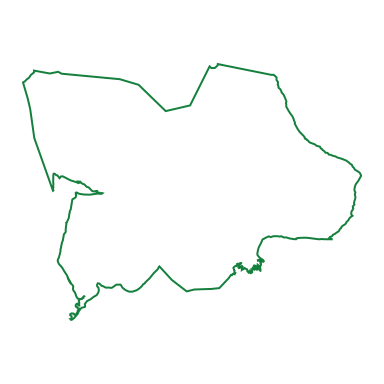 Do'rgon, Hovd, Mongolia (orthographic projection)
{"feature_id": "93677404B47825752069275", "entity_name": "Do'rgon", "entity_type": "district", "adm_level": 2, "iso_a3": "MNG", "parent_name": "Mongolia", "parent_adm1": "Hovd", "projection": "orthographic", "projection_center": [92.87, 48.326], "detail": "fine", "context": "isolated", "style": "outline", "palette": "green", "viewbox_px": 384, "rotation_deg": 0, "n_neighbors": 0, "source": "geoboundaries", "source_scale": "gbopen_adm2", "svg_char_len": 5899}
<svg xmlns="http://www.w3.org/2000/svg" viewBox="0 0 384 384"><path d="M70.5,319.2L71.1,319.9L72.1,319.6L74.2,318.0L77.6,313.9L78.7,311.5L80.4,308.9L81.9,307.7L84.7,307.0L85.0,306.6L85.1,305.5L84.8,304.1L87.0,301.1L91.0,299.0L93.4,297.0L96.7,295.1L98.2,292.7L98.8,290.9L98.6,288.2L98.2,287.4L97.2,286.4L97.1,285.6L97.2,284.4L97.8,283.3L99.3,283.5L101.5,285.7L103.3,286.3L105.6,287.6L109.5,287.6L110.9,287.9L112.2,287.6L116.3,284.7L120.3,284.6L121.0,285.1L121.8,286.7L122.9,288.1L125.6,290.1L128.9,291.6L132.4,291.7L136.7,290.2L139.4,288.4L142.2,285.8L142.8,284.6L144.9,283.2L145.3,282.4L149.4,278.5L153.8,273.1L157.7,269.3L158.9,266.9L159.4,266.4L171.9,280.0L186.7,291.4L194.3,289.5L211.9,288.9L219.3,288.1L228.4,278.5L231.1,274.8L231.9,275.2L233.0,273.8L233.8,273.6L233.8,274.0L234.5,274.2L234.6,273.2L235.1,273.3L235.3,272.8L234.4,272.4L234.5,270.7L234.1,270.4L234.0,269.3L233.5,268.5L233.4,268.0L233.7,267.3L235.7,265.8L236.7,266.0L237.1,265.3L237.1,264.0L237.8,263.7L238.4,264.1L239.3,263.9L239.9,263.2L240.9,263.0L241.2,263.1L241.2,263.4L240.5,263.9L238.7,264.4L238.7,265.0L239.4,265.2L239.6,265.6L238.4,267.3L238.9,268.1L239.5,268.0L239.6,267.6L239.3,267.4L239.4,267.1L241.0,267.4L241.3,266.5L241.9,266.0L242.6,266.6L242.3,267.9L242.9,268.7L242.1,268.8L241.8,269.1L241.8,269.9L242.5,269.3L243.0,269.4L243.7,268.5L244.5,268.0L245.1,268.7L245.7,268.6L246.4,269.2L247.0,269.3L247.5,270.4L247.4,271.3L247.9,271.8L248.3,271.3L248.6,271.4L248.4,272.2L248.7,272.7L249.8,272.2L250.0,271.3L250.3,271.7L250.0,272.7L250.8,273.2L251.7,272.7L252.2,272.2L252.2,271.6L251.6,270.7L251.4,269.5L252.0,269.7L252.3,269.0L252.5,269.6L252.8,269.6L253.4,268.1L254.2,268.7L254.6,269.6L254.9,269.4L254.8,268.6L254.0,267.8L254.2,266.9L253.8,266.1L254.2,265.5L254.7,265.9L255.3,265.8L255.7,266.6L255.7,267.0L255.1,267.4L255.2,267.8L255.7,267.9L256.8,269.7L257.3,269.6L257.1,268.7L258.0,268.7L258.0,268.4L257.2,268.0L257.2,267.2L256.6,267.0L256.5,266.5L256.7,266.3L257.1,266.7L257.4,266.3L257.6,264.7L258.1,265.1L258.4,266.8L258.9,267.3L259.1,268.5L260.0,270.5L260.4,270.7L260.5,269.7L260.1,267.5L260.3,266.5L259.9,265.7L260.5,265.5L261.0,264.9L260.9,263.8L260.4,263.2L260.6,262.2L261.5,262.2L261.7,261.8L260.7,261.3L259.9,261.4L258.9,260.3L258.0,260.7L257.8,260.2L258.2,259.9L258.9,259.8L260.5,260.5L262.3,260.7L263.5,261.6L263.8,261.2L263.1,260.1L259.9,257.9L257.6,255.3L257.3,253.8L257.9,250.4L258.7,247.5L261.2,242.7L262.5,239.5L267.4,236.9L268.9,236.4L270.8,237.1L273.6,236.2L277.7,236.2L279.7,236.6L281.2,236.2L283.9,237.5L286.2,237.4L289.4,238.4L294.3,239.2L296.2,239.2L296.4,239.0L295.8,238.8L295.9,238.7L297.7,238.0L304.1,237.7L307.3,237.8L319.1,239.3L322.2,239.0L323.4,239.2L331.7,239.3L331.7,239.0L331.2,238.9L329.1,238.9L328.8,238.5L330.0,237.0L331.9,236.3L333.0,234.8L335.4,233.6L336.2,232.8L338.1,231.7L339.3,230.5L339.7,229.2L341.0,228.2L341.2,227.4L342.6,225.8L345.3,224.2L346.1,222.9L346.5,222.0L348.4,220.2L349.0,218.9L350.2,217.4L352.5,215.8L351.3,214.5L351.3,212.2L352.0,210.6L352.6,210.2L352.8,209.1L353.3,208.2L353.0,207.7L352.8,206.4L354.4,204.6L354.0,203.4L354.4,201.1L355.2,198.9L355.4,197.8L355.3,196.3L354.8,194.2L355.4,192.4L354.5,190.6L354.4,190.0L354.7,187.6L355.2,185.7L356.0,183.9L358.1,181.2L360.9,176.2L361.0,175.3L359.8,172.9L359.0,172.2L354.8,169.5L354.0,168.0L352.5,166.5L351.9,164.9L349.7,163.4L348.9,162.5L346.1,160.5L341.2,158.6L337.1,157.4L335.5,156.4L332.9,155.8L330.7,154.9L328.7,154.5L328.4,153.7L327.4,152.9L325.5,152.7L324.2,151.1L322.5,149.9L321.9,149.0L320.7,148.3L319.9,146.7L316.2,145.6L314.9,144.4L310.1,142.6L309.0,141.9L308.2,140.7L306.9,140.0L306.7,139.4L304.8,138.5L304.8,137.5L303.5,135.8L299.9,132.2L297.7,129.1L294.8,123.8L294.9,122.4L294.1,120.7L293.3,118.2L292.2,116.0L290.5,113.8L288.5,110.7L286.2,106.5L286.3,104.6L285.9,103.0L286.4,101.8L286.4,101.3L285.0,97.8L283.6,94.7L281.5,92.3L281.3,91.0L280.1,89.0L279.0,88.2L278.4,87.3L278.4,85.8L277.7,84.7L278.0,83.2L278.0,82.1L276.5,79.9L276.5,77.3L273.7,74.8L271.6,74.9L217.8,64.1L217.7,65.3L215.0,67.9L211.5,68.1L209.6,66.4L190.1,105.4L165.7,111.1L138.6,84.8L119.8,79.2L61.6,73.7L58.2,71.8L49.8,73.5L34.0,70.6L34.1,72.3L30.6,75.2L29.2,77.6L27.0,79.2L24.7,81.5L23.0,82.4L27.7,98.4L30.2,109.0L34.3,138.1L53.0,190.8L53.4,190.5L52.9,189.2L53.4,187.5L53.1,185.8L53.4,184.4L53.2,181.3L53.3,175.1L53.7,173.7L54.0,173.6L55.0,174.0L56.1,175.1L57.1,175.3L58.1,176.2L59.5,178.2L61.0,176.4L62.9,176.4L70.2,180.2L77.8,182.7L78.3,183.1L78.8,182.9L77.8,182.2L77.6,181.5L80.2,181.7L80.2,182.7L81.1,182.7L82.7,183.9L84.2,184.3L86.7,186.8L88.7,187.4L92.1,191.0L93.8,191.5L96.2,191.0L96.4,191.0L95.9,191.6L101.1,193.3L101.7,193.0L102.5,193.2L101.9,193.7L100.7,193.8L97.6,193.6L89.7,194.7L83.6,194.5L78.8,193.7L76.8,192.5L76.0,192.6L75.7,192.9L75.7,193.4L76.0,194.0L75.8,194.4L76.2,195.1L75.8,197.0L75.1,197.8L72.5,199.3L72.3,199.8L70.7,209.5L69.8,211.2L69.7,212.7L69.1,214.6L69.2,215.3L68.8,217.9L67.0,222.0L66.1,222.9L66.5,223.5L66.5,224.1L66.2,225.0L65.7,229.3L65.7,231.8L65.4,232.5L63.9,234.3L62.9,240.3L61.8,243.1L61.7,244.4L61.2,245.8L61.1,247.4L60.5,249.3L60.5,251.3L59.0,257.2L58.0,259.3L57.7,260.7L57.8,261.3L58.8,263.8L62.2,267.7L64.3,271.3L67.1,275.6L67.4,276.8L68.0,277.4L67.9,278.4L68.3,279.2L68.9,279.4L68.8,280.1L69.2,280.4L69.2,281.0L69.8,281.0L70.1,281.5L69.9,282.2L70.1,282.8L70.8,282.9L71.0,283.7L72.7,285.2L73.2,286.4L73.0,288.7L73.3,290.3L75.1,292.8L76.3,296.4L77.2,297.9L78.1,298.8L80.8,299.0L81.7,298.7L84.0,296.2L84.2,296.3L83.0,297.4L82.9,297.7L83.2,298.0L81.8,299.0L79.7,299.2L79.3,299.5L79.3,300.1L78.8,300.8L79.3,303.0L79.1,304.5L79.3,305.5L78.4,305.5L78.7,304.5L77.9,304.3L77.3,303.6L76.2,304.3L75.9,304.8L75.6,305.6L75.9,306.6L78.4,308.6L78.8,308.4L79.0,308.6L78.8,309.6L77.7,310.5L77.6,312.0L76.5,313.5L76.1,314.9L74.3,314.7L74.1,313.9L73.0,313.4L72.2,313.6L71.5,313.4L70.2,314.2L70.2,315.2L71.7,316.4L71.5,317.8L72.1,318.9L71.5,319.2L70.5,319.2Z" fill="none" stroke="#15803d" stroke-width="2"/></svg>